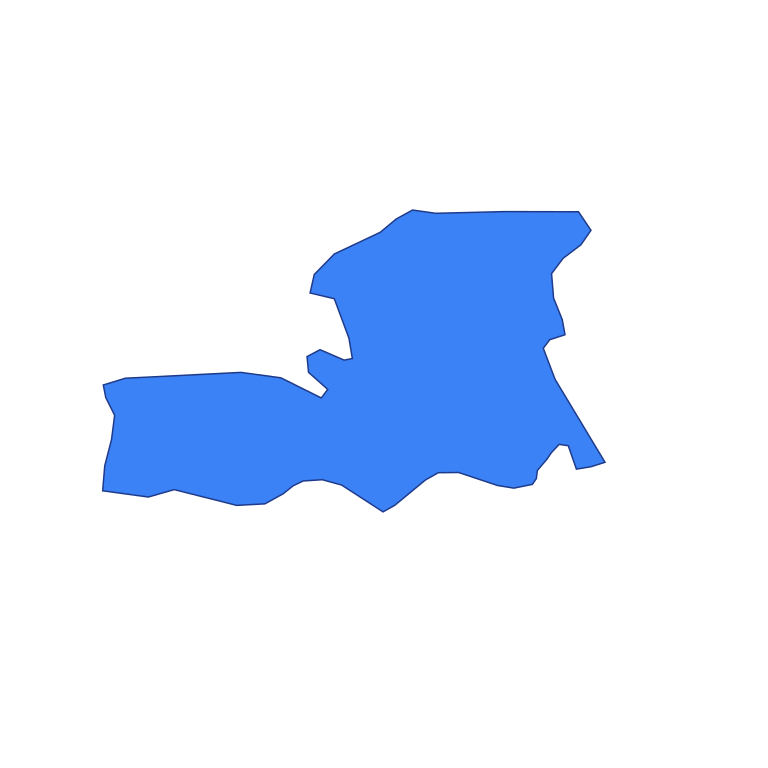 map outline of Mangrove Cay (Albers equal-area conic projection), rotated 217°
{"feature_id": "BHS-5021", "entity_name": "Mangrove Cay", "entity_type": "District", "adm_level": 1, "iso_a3": "BHS", "parent_name": "The Bahamas", "parent_adm1": "", "projection": "albers", "projection_center": [-77.793, 24.142], "detail": "fine", "context": "isolated", "style": "filled", "palette": "blue", "viewbox_px": 768, "rotation_deg": 217, "n_neighbors": 0, "source": "natural_earth", "source_scale": "10m", "svg_char_len": 939}
<svg xmlns="http://www.w3.org/2000/svg" viewBox="0 0 768 768"><g transform="rotate(217 384 384)"><path d="M332.3,638.6L311.2,631.3L310.5,613.8L316.6,592.2L316.6,573.0L300.3,554.7L280.4,542.7L269.1,532.3L278.3,519.1L278.3,508.4L250.2,490.7L160.4,454.5L168.9,442.5L179.1,431.8L199.7,445.6L207.8,441.2L209.0,429.7L208.6,422.2L209.5,407.3L205.4,400.1L205.1,393.1L217.6,379.0L232.2,371.3L271.2,358.2L287.3,345.8L293.1,332.4L302.4,293.7L307.8,281.3L357.1,277.8L375.7,270.4L390.2,257.9L395.3,248.0L398.4,235.8L407.0,216.6L428.6,198.4L488.0,173.4L504.2,151.9L544.4,129.4L557.8,150.6L568.3,175.9L580.3,196.9L598.0,205.7L607.6,214.3L594.0,233.0L505.2,307.2L470.0,326.9L425.7,335.1L425.7,345.8L451.3,347.9L462.0,359.6L455.7,372.9L430.2,379.1L424.6,385.3L439.6,399.5L475.0,422.2L497.8,412.2L505.6,429.5L501.9,458.0L478.3,502.9L473.5,523.3L465.9,540.1L445.5,551.4L391.4,594.3L332.3,638.6Z" fill="#3b82f6" stroke="#1e3a8a" stroke-width="1.5"/></g></svg>